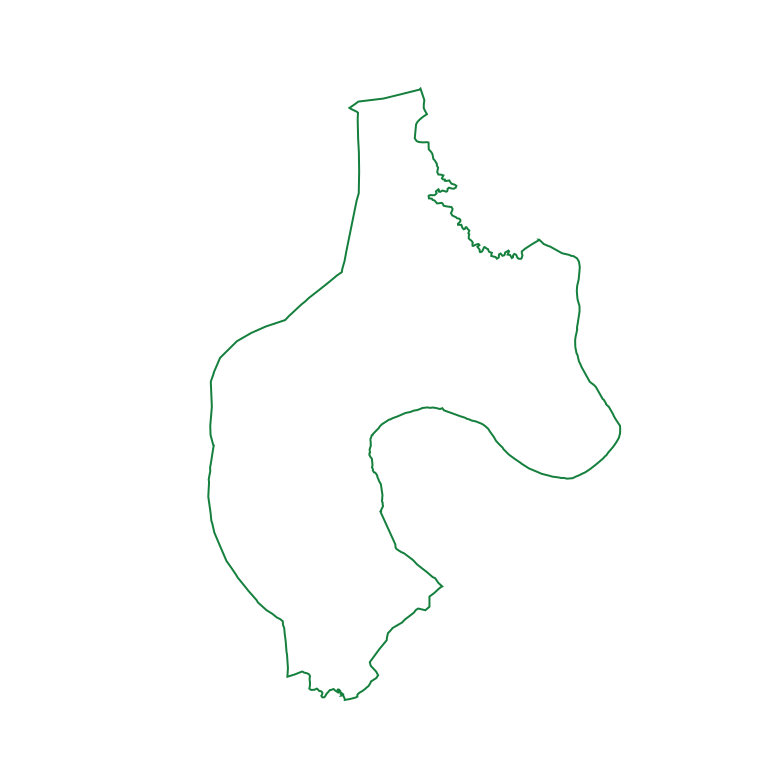 outline of Niani, Central River, Gambia, rotated 240°
{"feature_id": "56634734B41420439456091", "entity_name": "Niani", "entity_type": "district", "adm_level": 2, "iso_a3": "GMB", "parent_name": "Gambia", "parent_adm1": "Central River", "projection": "robinson", "projection_center": [-14.889, 13.677], "detail": "fine", "context": "isolated", "style": "outline", "palette": "green", "viewbox_px": 768, "rotation_deg": 240, "n_neighbors": 0, "source": "geoboundaries", "source_scale": "gbopen_adm2", "svg_char_len": 6154}
<svg xmlns="http://www.w3.org/2000/svg" viewBox="0 0 768 768"><g transform="rotate(240 384 384)"><path d="M640.4,492.1L639.8,492.3L635.7,495.0L633.4,496.6L631.9,497.1L626.5,493.6L608.9,484.0L606.9,483.0L597.4,478.2L580.4,468.7L561.8,457.5L556.4,451.9L517.6,417.6L510.4,411.5L504.7,405.6L502.0,403.4L501.5,397.5L499.9,388.2L498.2,377.0L496.1,361.9L494.9,357.1L494.2,352.3L490.4,335.8L488.8,330.4L492.9,310.4L494.6,294.5L494.6,278.0L488.6,255.1L478.8,242.0L478.4,241.9L472.7,235.2L450.3,223.5L434.8,212.7L426.6,208.3L416.5,205.6L415.9,205.9L415.2,205.2L408.7,199.9L404.7,196.7L398.3,191.4L395.6,190.1L388.9,184.4L386.6,183.5L374.3,175.5L358.7,169.2L352.2,166.2L349.0,165.5L340.2,162.8L326.5,161.1L309.6,159.1L300.9,159.9L292.7,160.5L289.6,160.5L275.2,162.8L272.9,163.1L260.5,165.6L257.8,165.6L246.8,169.2L240.8,172.4L235.3,174.5L232.5,176.4L229.2,177.7L225.6,176.0L222.7,175.6L217.3,173.1L210.3,170.2L200.9,165.7L197.9,164.6L185.9,158.7L178.8,154.0L177.1,161.4L176.0,168.9L175.6,169.7L173.9,170.6L172.0,172.7L169.9,174.0L167.9,173.8L165.9,172.1L162.4,170.6L159.9,169.1L157.5,167.0L155.6,167.8L154.0,170.8L153.8,173.5L152.7,174.0L150.6,174.4L149.1,176.1L147.4,176.3L146.0,175.1L145.3,173.8L143.4,174.0L142.6,175.5L142.8,176.5L143.2,177.2L144.3,179.1L146.0,184.2L145.5,185.1L145.1,187.8L142.8,188.5L140.5,189.7L142.4,191.0L142.4,191.6L141.6,192.3L139.7,191.0L139.7,192.5L137.5,191.6L137.5,192.7L135.9,193.4L135.4,191.4L134.7,193.0L130.5,192.5L130.0,192.1L128.4,196.5L127.1,200.9L126.6,203.0L126.6,204.7L128.0,205.4L128.6,206.5L128.7,207.3L128.9,208.4L129.0,209.7L128.9,210.8L129.0,212.5L129.2,214.1L129.4,215.6L129.7,216.6L129.9,218.0L130.1,219.0L130.2,219.7L131.0,221.2L131.8,222.6L131.9,222.8L132.9,223.9L133.2,230.3L134.3,232.4L134.7,233.3L139.0,233.4L146.6,231.6L150.2,232.6L156.7,247.4L160.8,258.3L162.7,259.6L166.2,262.8L167.2,266.3L168.4,269.5L168.4,280.4L169.6,284.4L171.0,295.3L172.4,298.7L172.4,301.4L167.4,306.7L168.4,312.0L177.2,317.1L177.9,323.2L179.3,329.2L179.3,329.4L179.4,330.2L179.6,330.8L179.6,332.6L179.6,333.2L179.9,333.1L182.5,332.3L184.7,331.6L190.3,331.2L192.4,329.6L198.9,327.4L205.3,324.8L211.3,322.4L217.0,321.1L227.2,316.8L230.1,314.7L234.8,312.3L236.7,312.3L239.4,313.6L275.3,317.1L275.3,317.9L276.0,318.1L278.7,322.1L280.6,322.7L281.8,323.5L283.2,323.5L288.7,327.2L298.9,331.2L302.7,331.2L304.3,331.6L305.7,331.6L308.8,332.4L311.6,332.1L312.6,331.1L314.7,331.1L315.4,331.6L316.2,331.9L317.8,331.9L319.3,333.4L320.0,333.7L325.2,336.1L327.6,335.8L329.7,335.8L330.5,336.4L331.2,336.6L331.6,337.7L332.6,338.0L333.8,338.5L334.5,338.8L337.4,342.0L338.3,342.2L340.0,343.3L341.4,343.8L343.3,344.9L344.7,346.8L345.7,347.6L345.7,349.1L346.2,349.4L347.8,355.0L348.3,357.1L349.3,359.0L350.1,361.8L350.2,362.9L350.6,370.6L350.1,372.2L350.1,374.3L349.1,379.9L348.2,388.1L347.2,391.0L346.5,392.9L346.5,393.7L346.0,396.6L344.8,399.8L344.1,404.1L344.1,405.1L342.0,409.9L340.3,412.0L339.1,414.7L337.0,417.3L334.3,420.0L333.9,422.4L331.3,422.7L330.1,423.7L317.3,434.5L314.2,437.4L312.6,438.2L311.1,439.8L308.5,441.7L305.6,444.9L300.6,448.8L299.2,449.6L296.6,450.7L293.3,451.8L289.2,452.0L283.7,452.6L278.7,452.6L274.2,453.6L269.7,454.9L267.8,454.9L260.6,456.8L258.0,457.9L253.3,460.0L247.3,462.9L246.4,463.2L238.3,467.4L232.3,472.0L227.3,475.7L223.0,480.2L219.7,483.4L215.5,488.8L213.8,490.7L212.9,492.6L210.5,495.2L209.6,497.1L208.1,500.3L207.9,503.7L207.4,507.2L207.2,510.9L206.9,514.1L207.2,519.4L208.1,526.1L208.6,529.2L209.6,534.6L210.0,536.7L210.7,538.6L211.2,541.2L211.9,542.5L212.9,544.9L213.8,547.6L215.0,551.0L216.0,553.2L217.4,556.1L218.6,558.2L220.0,560.6L221.7,562.2L222.9,563.5L225.0,564.9L226.7,565.9L229.8,567.5L237.6,567.0L241.2,567.0L243.8,567.3L251.7,567.3L255.3,566.2L256.2,566.5L260.3,566.5L261.7,565.9L275.7,566.0L277.9,565.4L283.1,563.3L300.7,563.6L301.2,563.8L306.3,564.2L312.5,566.1L314.4,566.1L320.4,568.2L322.5,569.3L326.3,571.4L328.2,572.8L329.4,573.8L334.6,578.6L335.1,578.6L336.8,579.7L339.9,582.3L348.9,589.5L353.0,591.9L354.2,592.4L360.1,593.8L362.5,594.8L368.2,597.5L372.2,600.2L377.0,604.7L383.7,609.5L387.5,612.1L392.5,614.0L396.3,614.0L399.9,612.1L401.8,609.8L403.0,609.2L408.2,603.6L420.1,596.5L421.8,594.9L425.6,592.2L427.7,591.7L431.3,590.6L431.5,590.3L431.1,590.4L431.1,582.7L430.6,573.6L429.9,569.6L428.0,568.6L426.3,568.3L424.6,566.7L423.9,565.4L424.9,563.5L426.3,562.7L429.9,563.0L431.5,561.9L430.8,560.1L429.2,559.0L429.2,557.7L432.7,557.7L434.2,555.8L436.5,558.7L437.3,558.5L437.3,554.7L435.8,553.4L435.4,552.3L435.8,550.7L438.7,550.2L438.7,548.4L436.1,546.5L436.1,544.4L438.2,544.1L439.4,542.8L441.3,540.9L442.7,542.0L443.7,543.0L445.8,541.2L447.3,541.2L448.7,541.5L449.9,540.7L452.3,539.6L452.3,538.8L450.8,536.9L449.7,535.1L450.1,533.2L451.1,533.2L452.5,534.0L456.1,533.5L456.6,536.1L457.3,536.1L458.2,535.6L458.9,532.4L458.9,530.3L459.4,529.8L461.1,530.6L462.0,531.6L464.2,531.4L467.0,530.3L468.0,530.3L469.7,531.4L471.1,532.7L472.3,532.4L474.2,534.6L476.1,534.0L478.5,533.8L478.9,533.0L478.0,531.9L478.0,531.1L478.2,530.3L480.4,530.0L483.2,530.6L483.7,529.5L484.9,527.7L485.8,528.2L486.6,531.4L488.0,532.2L489.4,531.9L491.1,530.1L492.3,529.8L495.8,527.4L498.5,527.4L500.1,529.8L501.3,530.9L503.5,530.9L506.6,526.9L508.5,524.8L510.8,525.0L512.0,524.5L513.0,522.1L513.9,520.2L516.8,519.7L517.8,519.4L519.2,518.1L520.6,518.1L522.3,515.7L524.7,516.8L524.4,518.7L522.5,521.6L522.3,522.6L522.8,524.8L524.9,525.3L525.4,528.5L524.2,528.5L523.2,527.7L522.3,528.8L522.3,531.4L519.4,534.1L519.4,535.1L520.4,536.2L521.1,536.5L521.6,538.3L518.9,541.0L518.2,542.3L518.2,544.4L519.4,545.8L521.1,545.0L521.5,544.7L523.7,542.6L526.5,542.3L527.7,542.3L528.7,539.4L529.6,538.3L530.6,538.9L531.8,537.3L533.2,537.0L534.9,539.7L536.4,538.5L538.3,535.8L541.0,536.1L544.3,539.0L546.7,539.0L548.1,539.8L552.1,539.8L554.3,539.3L555.2,539.6L558.8,540.9L561.2,540.9L564.8,540.1L567.4,541.4L569.8,542.8L570.9,543.3L571.9,542.2L573.8,538.5L576.2,535.1L578.1,533.7L581.4,533.5L590.7,540.1L592.9,541.7L594.3,544.1L595.2,547.3L595.9,551.3L596.2,556.1L600.2,556.1L603.1,556.4L606.6,558.5L609.7,560.9L621.6,563.3L621.2,561.9L631.5,526.2L641.4,503.0L640.8,497.8L640.4,492.1Z" fill="none" stroke="#15803d" stroke-width="2"/></g></svg>